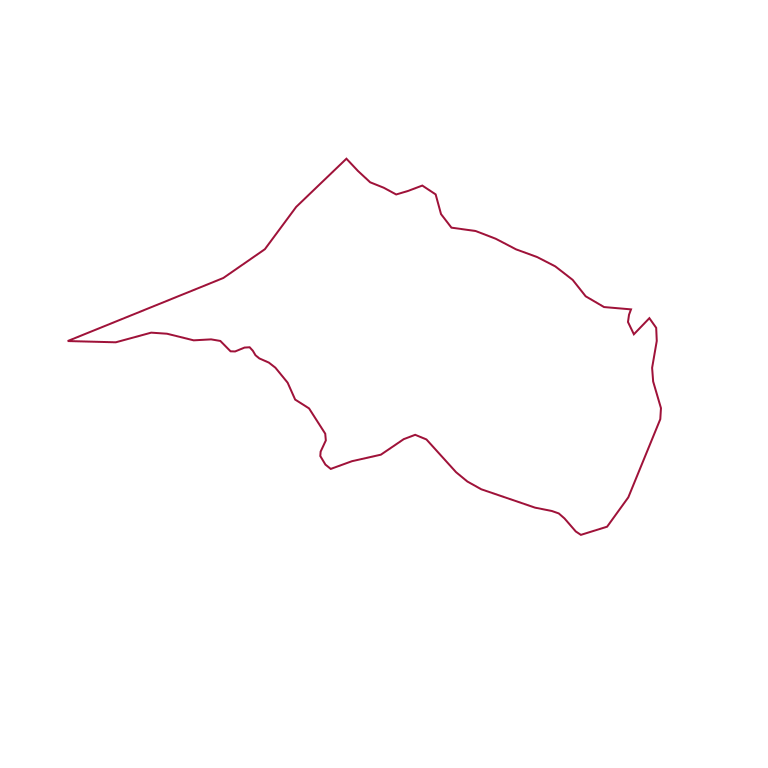 the District of Belait, rotated 336°
{"feature_id": "BRN-1181", "entity_name": "Belait", "entity_type": "District", "adm_level": 1, "iso_a3": "BRN", "parent_name": "Brunei", "parent_adm1": "", "projection": "orthographic", "projection_center": [114.479, 4.349], "detail": "fine", "context": "isolated", "style": "outline", "palette": "rose", "viewbox_px": 768, "rotation_deg": 336, "n_neighbors": 0, "source": "natural_earth", "source_scale": "10m", "svg_char_len": 1066}
<svg xmlns="http://www.w3.org/2000/svg" viewBox="0 0 768 768"><g transform="rotate(336 384 384)"><path d="M352.4,447.3L323.4,441.5L300.8,439.9L297.7,433.8L296.5,423.9L298.6,420.0L307.9,411.9L310.1,405.5L305.6,375.8L296.5,362.1L296.5,343.6L291.4,324.9L287.5,317.6L280.5,309.9L278.3,305.5L277.7,300.3L276.2,295.8L271.4,294.0L261.2,293.7L257.1,291.7L252.0,278.1L244.2,272.9L227.9,266.7L206.2,249.8L192.2,242.4L155.9,236.8L112.5,216.1L280.3,221.8L330.0,212.4L375.8,186.5L441.3,162.9L446.9,178.9L453.4,194.1L463.6,204.6L472.2,215.8L484.4,217.4L499.7,218.3L508.3,231.8L505.2,252.0L509.2,268.6L529.9,281.5L545.1,296.7L559.4,314.7L575.5,330.3L588.3,346.2L598.7,365.6L603.9,385.9L616.3,403.2L638.4,415.4L640.0,416.3L636.0,420.4L632.1,426.6L632.5,440.2L653.2,431.8L655.5,443.4L650.7,455.6L635.5,478.3L630.9,491.2L627.2,518.7L622.1,528.5L561.1,586.9L529.8,605.1L502.5,601.9L499.2,596.7L494.2,580.2L491.0,573.3L485.7,568.3L471.7,558.4L430.0,519.7L420.5,507.0L414.0,494.0L400.2,451.9L391.8,443.1L379.6,442.4L352.4,447.3Z" fill="none" stroke="#9f1239" stroke-width="2"/></g></svg>